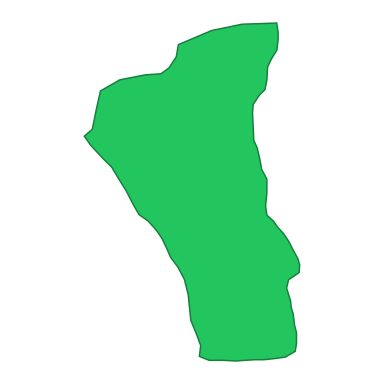 outline of Agios Nikolaos Ammochostou, Cyprus
{"feature_id": "46923920B28206074202604", "entity_name": "Agios Nikolaos Ammochostou", "entity_type": "district", "adm_level": 2, "iso_a3": "CYP", "parent_name": "Cyprus", "parent_adm1": "", "projection": "robinson", "projection_center": [33.679, 35.322], "detail": "fine", "context": "isolated", "style": "filled", "palette": "green", "viewbox_px": 384, "rotation_deg": 0, "n_neighbors": 0, "source": "geoboundaries", "source_scale": "gbopen_adm2", "svg_char_len": 1079}
<svg xmlns="http://www.w3.org/2000/svg" viewBox="0 0 384 384"><path d="M84.3,136.2L90.5,145.0L96.4,151.5L104.9,160.5L111.5,166.9L119.3,179.8L126.5,191.4L133.1,204.3L139.0,214.6L148.2,221.1L156.7,230.7L162.0,238.5L166.6,248.1L170.5,257.2L177.7,266.8L184.3,279.1L188.2,294.6L189.5,307.4L190.8,320.3L196.1,333.2L200.7,345.5L199.4,356.4L204.7,358.6L209.2,360.3L223.0,360.3L235.5,361.0L245.3,360.3L255.1,359.7L264.3,359.7L276.1,358.4L285.3,357.1L295.2,351.3L296.5,343.6L296.5,332.6L294.5,324.9L293.2,313.9L291.2,307.4L290.6,301.0L286.6,288.1L288.6,279.7L299.1,272.6L299.7,264.9L297.8,258.5L293.2,250.1L288.6,241.1L283.3,233.3L277.4,226.9L273.5,221.1L266.9,215.3L265.6,206.2L266.9,192.7L266.9,179.2L261.7,169.5L259.7,158.5L257.1,147.6L253.8,140.5L253.2,127.0L252.5,112.8L253.2,104.4L259.7,94.7L265.0,89.6L266.9,79.9L267.6,67.0L271.5,58.7L276.8,50.3L278.1,40.0L278.1,32.2L276.7,23.0L275.5,23.1L242.1,24.2L211.7,30.5L178.4,44.6L176.3,56.7L169.1,67.8L160.9,73.8L145.6,74.8L119.9,79.8L100.5,90.9L96.4,109.0L92.3,129.2L84.3,136.2Z" fill="#22c55e" stroke="#15803d" stroke-width="1.5"/></svg>